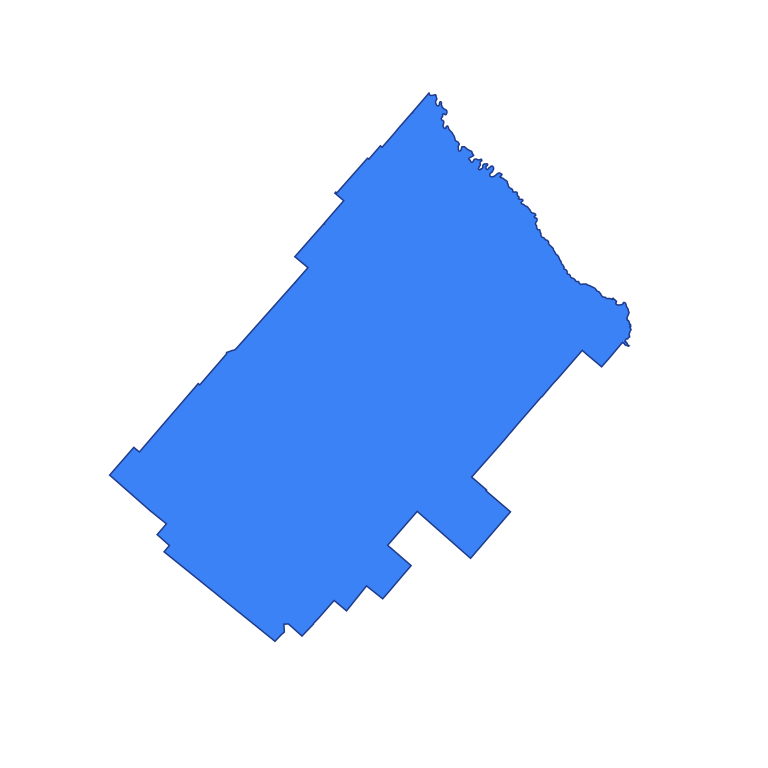 outline of Cruz Alta, Tucumán, Argentina, rotated 119°
{"feature_id": "61730980B32203515925344", "entity_name": "Cruz Alta", "entity_type": "district", "adm_level": 2, "iso_a3": "ARG", "parent_name": "Argentina", "parent_adm1": "Tucumán", "projection": "orthographic", "projection_center": [-65.189, -26.91], "detail": "fine", "context": "isolated", "style": "filled", "palette": "blue", "viewbox_px": 768, "rotation_deg": 119, "n_neighbors": 0, "source": "geoboundaries", "source_scale": "gbopen_adm2", "svg_char_len": 6159}
<svg xmlns="http://www.w3.org/2000/svg" viewBox="0 0 768 768"><g transform="rotate(119 384 384)"><path d="M661.9,354.6L653.0,352.3L649.3,350.9L642.6,355.1L640.2,351.3L644.2,333.5L628.1,329.3L627.7,329.6L620.5,327.7L597.5,322.7L600.6,306.8L569.1,301.4L572.5,281.0L561.7,278.7L543.1,275.0L529.7,272.2L523.3,302.6L479.3,293.2L494.5,223.8L434.5,211.4L428.0,243.0L427.0,242.8L422.9,262.2L387.1,254.3L373.1,251.3L365.4,249.9L365.0,249.7L356.6,248.1L318.9,240.1L318.7,239.7L302.5,236.5L294.8,234.6L258.5,226.9L259.9,220.5L263.5,202.0L250.6,199.2L232.1,195.6L232.3,193.1L232.8,192.6L232.9,191.3L232.4,189.7L232.6,188.7L231.8,188.2L231.8,188.9L231.3,190.1L230.8,190.7L229.9,192.3L229.9,192.6L230.3,193.3L230.1,193.8L227.6,194.2L226.9,193.8L226.4,192.7L224.7,192.7L224.1,192.2L223.7,192.0L222.6,192.9L222.0,193.6L218.5,194.4L217.6,194.2L216.5,194.4L216.2,195.0L214.8,196.8L214.5,196.9L214.5,196.3L214.2,196.0L213.6,196.5L212.7,196.9L212.5,197.4L212.6,198.5L212.4,198.6L211.8,198.6L211.4,199.2L210.5,200.1L210.1,200.8L210.2,202.0L209.9,202.0L209.8,202.5L209.2,202.9L209.1,203.5L207.2,203.6L206.5,203.9L205.5,203.8L204.5,204.1L204.0,204.0L203.4,204.1L203.0,204.4L202.5,204.4L201.7,205.6L200.2,206.8L199.0,209.1L196.8,211.2L196.1,212.3L196.1,213.1L196.5,213.9L196.9,214.1L197.6,213.8L198.8,214.2L199.8,215.0L201.3,217.4L201.8,218.5L201.8,219.1L201.5,220.0L201.3,220.3L200.4,220.3L200.0,220.8L199.2,220.6L198.7,221.6L198.2,224.2L198.2,224.8L197.9,225.2L198.5,225.6L199.2,225.2L199.4,225.4L199.6,226.0L199.6,227.2L199.8,228.1L200.4,229.2L200.7,229.4L201.2,230.6L201.2,231.3L200.9,232.1L200.9,232.5L201.8,234.9L201.1,237.0L200.1,238.2L199.7,239.4L199.2,240.2L199.3,243.1L198.4,244.8L198.0,246.2L198.3,252.7L198.9,253.6L198.6,254.6L198.5,255.6L200.1,258.4L200.6,259.0L201.1,259.3L201.4,260.5L201.3,261.9L201.0,262.4L200.4,262.9L200.1,263.5L200.4,264.2L200.9,264.9L201.1,266.3L200.3,267.3L199.9,268.6L199.8,269.3L200.2,271.1L200.2,272.1L199.7,272.9L198.7,273.9L198.4,275.1L198.8,276.8L198.7,277.0L198.2,277.8L197.2,278.1L196.5,278.7L196.1,279.5L195.9,280.3L196.1,282.3L195.8,282.7L194.7,283.0L194.4,283.3L193.2,285.4L193.0,286.0L193.0,286.4L192.8,286.9L191.0,288.7L190.3,289.8L190.4,290.2L190.3,290.4L188.1,292.9L187.4,294.5L187.2,295.6L187.3,296.0L186.9,296.9L185.7,298.7L184.9,300.4L183.8,301.4L183.3,302.0L182.0,307.2L181.5,308.0L181.0,308.5L180.5,308.5L179.8,309.1L179.2,310.3L179.2,311.0L179.6,312.4L178.6,315.1L178.8,315.7L178.9,317.3L178.6,318.0L177.7,319.0L176.4,319.6L175.5,321.0L174.0,322.1L173.7,322.5L174.3,324.2L174.4,324.8L173.2,326.3L171.6,327.3L171.2,328.4L170.6,329.1L169.5,329.5L168.5,329.5L167.9,329.3L167.1,329.4L165.8,329.9L165.4,330.1L165.1,330.9L165.1,331.7L165.4,332.6L165.2,333.5L164.8,333.7L164.1,333.7L163.9,333.4L163.1,333.1L162.5,333.3L162.0,333.9L161.9,335.5L162.5,336.9L162.6,337.7L162.2,339.2L160.9,340.9L160.4,342.4L159.6,344.2L159.5,345.6L159.7,346.2L159.8,347.0L159.4,348.2L159.3,349.1L159.7,350.3L159.4,351.6L159.1,351.9L158.7,352.1L157.6,351.8L156.6,351.4L156.1,351.5L155.7,351.9L155.6,352.8L156.8,355.3L157.0,355.9L156.8,356.3L156.6,356.4L155.7,356.2L155.2,356.4L154.7,357.3L154.8,357.8L154.8,358.3L153.8,359.2L152.4,360.0L151.9,360.7L152.2,362.1L153.1,363.3L153.3,363.9L153.4,364.4L152.4,365.1L151.5,366.2L151.4,368.2L151.5,368.9L151.4,369.5L150.9,370.6L150.4,371.4L149.1,372.4L148.5,373.5L147.6,374.0L147.1,374.5L146.8,376.5L146.9,376.9L146.4,379.5L146.6,380.5L146.8,382.8L146.6,383.0L146.0,383.0L144.8,382.2L144.3,382.5L143.6,382.4L143.4,382.6L143.3,384.7L143.4,385.3L143.6,385.7L144.9,386.7L148.5,388.1L149.1,388.5L150.5,390.0L150.9,391.2L150.6,392.3L149.7,393.0L149.1,393.2L148.2,393.1L145.9,392.1L142.8,392.4L142.1,392.7L141.4,393.4L140.9,394.6L140.9,395.1L141.5,395.9L142.9,396.4L144.0,397.0L145.7,397.2L146.3,397.6L146.6,398.1L146.5,398.5L145.8,399.4L144.6,400.1L144.0,400.2L142.8,399.5L141.9,399.6L141.5,399.9L141.4,400.2L141.5,400.7L142.9,402.9L143.5,403.4L144.5,403.6L145.7,403.2L146.4,402.6L147.5,402.6L148.3,402.9L148.6,403.4L149.6,403.6L150.3,404.1L150.5,404.5L150.3,405.4L149.8,405.9L148.8,405.7L148.5,406.0L147.8,406.1L147.0,405.9L145.9,405.9L145.1,406.3L144.4,407.0L143.2,407.5L142.4,407.3L141.3,406.7L140.8,407.0L140.3,407.6L140.3,408.1L141.4,408.9L142.2,410.0L142.4,410.5L142.5,412.4L143.2,413.5L143.8,413.9L144.6,414.1L146.5,413.9L147.2,414.3L147.6,414.9L147.6,415.4L147.3,416.1L146.5,417.1L146.4,418.7L146.0,419.0L145.3,419.1L144.7,418.7L144.1,418.6L142.5,417.3L141.8,417.1L141.0,416.5L140.6,416.4L140.0,417.4L139.4,418.9L138.6,419.2L138.1,420.3L138.3,423.3L138.2,425.2L137.5,428.6L138.4,430.5L138.6,430.8L139.3,430.9L141.2,430.2L142.8,430.2L143.3,430.4L143.6,430.8L143.8,431.6L142.9,432.6L140.8,434.0L139.5,434.5L138.0,434.3L137.3,434.9L136.6,436.5L136.4,437.7L136.6,439.0L136.4,439.8L134.7,441.2L133.2,442.9L131.0,446.7L130.5,448.7L129.5,451.1L127.9,452.6L127.6,453.5L128.1,454.2L128.9,454.3L130.5,454.1L131.0,454.6L131.0,455.6L130.2,457.1L129.1,457.8L127.0,458.2L125.6,458.9L125.2,459.4L125.1,459.8L125.0,460.4L125.1,461.0L124.9,461.8L124.2,462.6L123.5,462.8L121.6,462.4L120.2,463.2L119.5,463.4L119.1,463.3L118.8,463.1L118.7,462.7L118.8,460.9L118.5,460.5L118.0,460.3L117.3,460.3L116.0,460.6L115.0,461.2L114.5,461.7L114.2,462.5L114.3,465.0L113.7,467.2L111.8,469.3L110.3,469.9L109.7,470.8L109.6,471.2L109.8,471.6L110.5,471.9L111.7,471.6L112.7,470.9L113.1,470.9L114.1,471.3L114.6,471.8L114.8,472.3L114.8,472.8L113.6,474.5L112.7,475.5L111.2,476.0L109.9,475.8L109.2,475.9L108.0,477.0L107.7,477.5L106.3,478.5L106.1,479.1L106.3,479.8L107.6,480.8L108.1,481.7L108.6,482.4L109.1,483.4L108.9,484.5L108.5,485.2L107.1,485.6L132.7,490.9L132.8,490.4L133.0,490.4L134.0,491.2L134.4,491.3L154.9,495.7L155.2,495.7L160.1,496.6L177.9,500.4L177.4,502.6L194.7,506.3L194.4,507.7L194.5,507.9L239.7,517.9L239.5,519.2L240.9,519.5L243.2,508.1L272.2,514.2L272.8,513.5L273.1,513.7L273.0,514.3L315.9,523.7L319.1,506.9L337.1,510.8L337.9,510.9L338.3,511.1L338.4,510.9L339.0,511.2L423.7,530.2L426.6,531.1L428.7,533.5L429.3,533.9L432.8,537.0L434.0,536.3L474.1,544.7L473.7,546.7L562.1,565.0L560.7,572.1L596.7,579.8L608.2,527.1L611.8,506.5L625.7,509.4L629.3,493.4L637.4,495.0L661.9,354.6Z" fill="#3b82f6" stroke="#1e3a8a" stroke-width="1.5"/></g></svg>